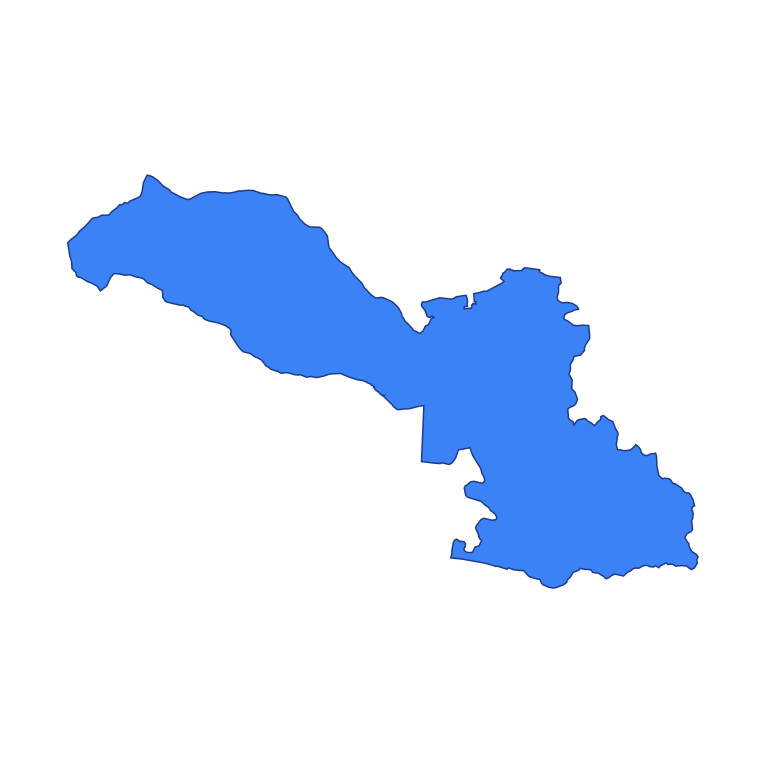 Hoghilag, Sibiu, Romania, rotated 94°
{"feature_id": "2599482B10102156150057", "entity_name": "Hoghilag", "entity_type": "district", "adm_level": 2, "iso_a3": "ROU", "parent_name": "Romania", "parent_adm1": "Sibiu", "projection": "orthographic", "projection_center": [24.623, 46.211], "detail": "fine", "context": "isolated", "style": "filled", "palette": "blue", "viewbox_px": 768, "rotation_deg": 94, "n_neighbors": 0, "source": "geoboundaries", "source_scale": "gbopen_adm2", "svg_char_len": 6128}
<svg xmlns="http://www.w3.org/2000/svg" viewBox="0 0 768 768"><g transform="rotate(94 384 384)"><path d="M213.8,592.7L211.4,600.6L207.2,610.1L205.5,611.2L201.7,618.4L197.1,623.3L193.6,629.0L192.3,633.0L192.4,635.0L200.0,638.0L208.7,638.7L212.3,639.6L214.5,641.2L219.6,650.8L220.8,651.3L221.4,652.3L221.1,655.6L223.1,657.3L224.0,659.4L223.5,659.7L223.9,660.5L226.6,662.3L230.6,667.2L234.7,670.3L235.2,676.3L235.7,678.2L237.4,680.4L238.8,686.2L247.8,693.3L252.8,698.4L256.9,700.9L261.7,706.4L265.1,709.3L278.2,706.4L283.9,704.1L290.6,703.3L294.5,699.0L297.6,698.3L298.7,696.6L299.0,693.6L302.5,687.1L303.7,682.8L306.3,677.1L310.9,673.4L305.5,667.4L297.4,664.5L292.7,661.2L292.7,654.7L293.6,650.3L292.7,644.8L294.4,639.4L294.9,634.5L296.0,630.9L299.3,627.3L301.0,622.3L304.2,616.4L306.0,611.7L313.3,610.5L316.8,607.8L317.4,606.2L319.5,593.7L319.4,589.5L320.3,587.6L320.9,584.0L323.8,582.0L324.9,579.1L328.1,574.7L329.4,570.0L331.9,567.6L333.2,563.5L334.9,552.5L337.0,545.6L338.7,543.5L338.8,542.2L340.8,540.6L343.0,540.1L344.9,540.6L346.9,539.5L357.9,531.0L361.5,527.1L362.9,519.8L366.1,514.3L366.8,511.6L368.9,507.5L374.1,503.0L375.6,499.8L377.0,498.2L378.5,493.1L378.5,491.5L380.1,488.3L380.4,487.0L379.7,483.8L379.5,480.3L380.9,474.4L381.0,469.8L380.5,468.2L382.6,461.9L381.6,457.4L382.3,451.7L380.3,444.8L377.8,438.7L376.5,428.2L379.8,418.4L381.7,410.4L381.8,406.7L383.2,401.6L383.7,401.2L385.2,397.0L386.0,396.7L387.0,393.8L388.4,394.2L388.4,393.2L390.0,392.6L391.2,391.3L391.4,389.7L391.4,390.8L392.6,388.6L394.3,387.1L395.3,384.4L395.5,385.0L395.9,384.5L395.5,383.3L396.1,383.8L404.5,373.9L405.7,373.2L408.4,369.4L408.5,367.0L407.4,362.1L407.0,357.4L403.6,347.1L402.7,342.7L458.8,341.2L459.5,326.2L459.4,322.2L458.6,320.7L459.7,313.3L458.1,310.8L454.9,308.6L452.2,307.2L444.6,305.2L441.6,293.9L449.6,290.2L461.6,281.6L466.1,280.1L470.6,277.4L473.0,276.8L475.5,277.9L476.1,279.9L474.8,287.5L475.5,290.6L479.0,294.2L479.6,295.6L481.3,296.5L482.6,296.6L489.1,294.8L490.6,293.5L491.2,292.1L494.4,278.7L497.3,275.3L499.8,271.1L502.7,268.9L506.4,263.6L508.6,262.5L510.3,262.3L511.5,263.0L512.4,266.6L511.0,274.9L511.2,275.7L512.8,278.0L519.4,282.3L522.0,282.3L526.5,279.7L530.9,278.3L533.6,275.7L538.9,278.0L540.1,281.3L541.2,282.3L545.3,283.7L545.9,284.8L546.3,288.3L545.6,290.8L544.8,292.1L543.0,292.8L540.8,291.7L538.3,291.6L537.3,291.7L535.8,293.1L535.4,297.9L533.7,300.9L534.9,302.8L537.7,303.8L545.8,304.7L549.1,304.5L552.8,305.3L553.2,294.0L555.6,271.3L557.1,263.5L558.2,259.8L557.8,258.4L560.2,248.2L559.3,248.0L558.8,246.6L560.1,242.6L560.6,235.4L560.3,231.8L565.5,226.4L566.3,224.6L567.7,218.6L568.0,214.8L571.4,213.2L573.2,211.3L575.3,205.3L575.7,201.7L575.3,198.6L571.9,191.2L569.2,188.0L566.8,187.6L563.4,184.5L558.6,182.1L556.3,176.9L554.2,175.4L554.8,172.2L554.8,165.6L555.3,164.4L557.5,162.5L557.7,156.6L559.1,154.7L560.4,151.7L562.8,148.9L561.5,146.1L559.3,143.8L557.5,140.4L558.8,131.7L554.6,127.8L553.4,125.1L550.9,122.7L550.1,120.4L550.0,117.4L549.6,116.2L547.9,113.9L546.9,111.5L546.6,108.7L547.6,106.4L547.8,103.2L547.5,102.0L546.3,100.5L548.1,97.0L545.9,95.4L542.8,89.9L544.2,88.5L543.6,83.4L545.3,80.5L544.4,74.6L544.3,69.9L547.7,64.5L545.9,61.6L541.0,59.0L537.5,59.7L534.5,58.7L532.3,60.3L529.5,65.5L524.4,68.5L521.8,68.8L520.8,70.1L516.2,73.2L512.2,71.3L509.8,67.5L507.5,66.0L498.4,67.7L497.1,66.8L491.7,66.5L489.2,67.3L488.4,68.3L485.2,67.8L483.9,65.7L478.0,67.6L472.5,70.9L471.4,72.5L471.6,74.9L471.3,75.8L469.7,77.9L467.2,79.5L463.2,86.7L462.9,89.0L459.6,91.5L458.6,93.2L458.4,97.3L459.1,99.7L456.2,103.4L447.1,106.0L436.9,107.1L434.0,108.3L435.0,110.8L435.1,112.7L435.7,114.3L437.0,116.3L436.9,119.5L434.4,122.6L431.6,123.5L429.1,125.5L426.9,128.7L428.5,129.5L431.9,132.8L432.9,134.6L433.9,140.0L433.2,143.2L433.3,146.4L428.2,148.1L422.0,147.5L420.7,147.9L418.2,146.9L416.0,147.5L411.6,150.4L405.5,153.1L404.0,157.4L400.7,161.9L400.2,163.0L401.3,165.4L404.7,165.7L406.8,168.1L410.8,171.0L407.8,175.6L406.9,178.0L404.8,180.3L404.5,181.8L405.8,186.4L406.9,188.8L411.5,191.6L408.6,192.6L407.0,195.6L405.3,197.6L396.3,198.9L394.5,197.2L392.0,192.6L389.2,190.9L385.6,189.9L378.7,193.0L375.8,196.3L366.4,196.7L361.3,200.2L357.2,199.0L351.3,199.5L347.3,197.3L343.8,196.6L342.9,195.2L341.4,189.9L336.5,186.3L334.3,186.6L331.0,185.7L324.4,182.1L320.7,182.3L311.3,183.9L311.6,186.8L311.3,188.7L312.4,195.5L312.3,198.0L311.9,199.5L308.4,204.9L307.0,208.5L306.0,209.2L302.8,208.8L300.3,206.2L298.2,201.1L296.9,199.4L296.0,195.2L295.5,195.2L292.8,197.2L290.5,201.8L289.8,206.9L290.6,211.4L289.9,213.7L288.3,216.5L285.1,217.3L280.0,216.3L274.2,216.7L272.8,216.1L271.4,214.5L270.3,214.4L265.5,215.6L264.9,227.5L263.9,230.4L263.9,231.7L263.1,232.2L261.2,236.9L259.2,236.6L258.2,251.4L258.4,252.2L259.6,252.7L259.4,253.3L261.2,254.3L261.9,261.9L262.4,262.8L261.4,263.5L261.3,265.4L260.4,266.7L261.0,267.9L260.8,269.2L263.9,271.3L265.1,273.0L267.2,273.5L269.8,275.0L270.5,274.9L273.4,271.4L275.0,273.2L284.2,288.0L284.4,290.7L286.3,295.7L287.6,300.7L295.6,299.7L295.5,298.1L297.8,297.9L297.5,300.9L298.7,300.9L299.1,302.0L302.3,302.0L303.3,309.2L301.2,309.3L300.7,306.1L297.8,306.6L296.1,306.3L290.0,308.0L290.1,310.1L292.0,318.1L294.1,320.8L294.6,322.6L294.1,334.6L299.2,347.7L299.5,351.5L301.8,352.1L303.7,351.9L307.8,348.2L313.8,345.5L314.3,342.5L312.9,340.6L314.0,338.8L314.6,339.0L314.8,340.1L316.0,341.5L321.2,343.7L322.4,344.8L323.2,346.7L328.3,348.7L331.1,352.0L329.2,355.8L328.7,358.2L326.8,359.5L321.3,365.4L320.2,367.3L317.0,369.1L315.4,370.7L312.3,371.5L307.2,374.7L302.0,380.6L300.9,382.7L298.0,390.8L297.8,393.1L298.9,398.2L296.0,403.0L289.2,410.4L285.0,413.1L278.7,420.3L274.4,424.2L270.5,426.7L265.7,435.5L261.3,440.4L251.6,448.4L240.1,450.9L234.6,455.6L233.1,457.2L232.1,459.5L232.5,468.5L232.2,469.6L230.3,473.6L228.0,476.6L225.4,479.5L221.6,482.1L218.1,486.2L206.1,493.1L204.4,494.9L202.6,504.0L203.2,508.4L203.2,512.1L202.3,517.3L202.3,519.8L200.2,527.6L200.2,532.6L200.9,537.6L201.6,539.3L201.3,540.2L201.8,543.4L203.0,546.2L204.4,552.2L204.4,556.9L204.9,558.1L204.6,558.6L204.0,566.0L204.8,573.7L206.5,579.8L212.8,590.0L213.8,592.7Z" fill="#3b82f6" stroke="#1e3a8a" stroke-width="1.5"/></g></svg>